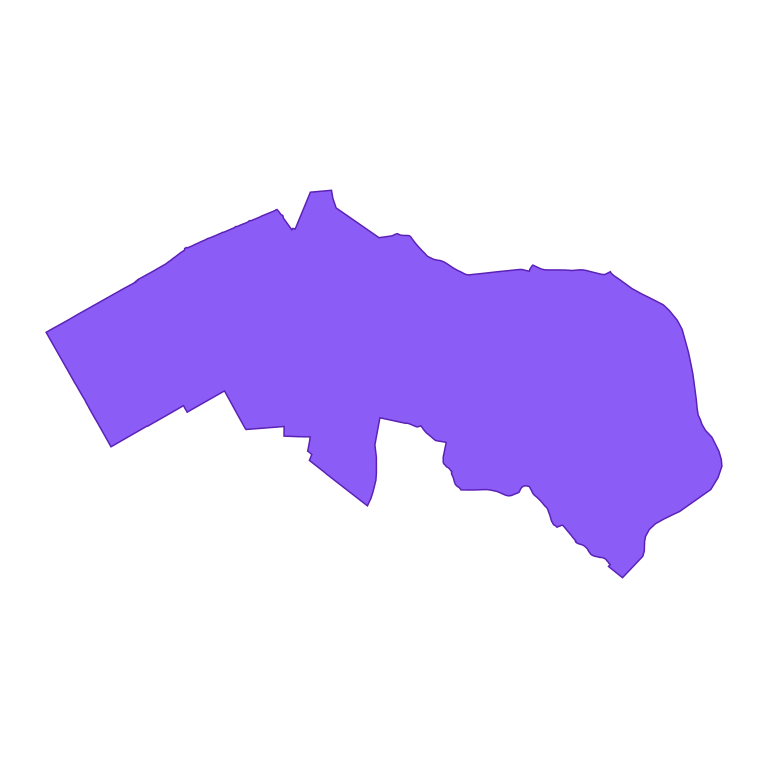 Bordusani, Ialomita, Romania
{"feature_id": "2599482B85450096511217", "entity_name": "Bordusani", "entity_type": "district", "adm_level": 2, "iso_a3": "ROU", "parent_name": "Romania", "parent_adm1": "Ialomita", "projection": "albers", "projection_center": [27.95, 44.468], "detail": "fine", "context": "isolated", "style": "filled", "palette": "violet", "viewbox_px": 768, "rotation_deg": 0, "n_neighbors": 0, "source": "geoboundaries", "source_scale": "gbopen_adm2", "svg_char_len": 6060}
<svg xmlns="http://www.w3.org/2000/svg" viewBox="0 0 768 768"><path d="M622.5,577.7L642.8,556.3L644.3,550.9L644.6,541.5L645.5,536.5L649.3,529.5L655.5,523.7L664.5,518.7L672.9,514.6L679.6,511.5L710.8,489.5L718.1,477.5L721.9,466.2L721.3,459.5L718.9,451.2L711.9,437.2L705.5,430.4L702.0,424.4L700.3,419.5L698.2,415.1L697.1,408.1L696.3,399.6L693.0,374.8L691.4,366.4L688.5,352.4L682.2,329.5L677.3,320.3L669.3,310.5L663.4,304.9L650.6,298.3L641.6,293.9L632.0,288.6L619.0,279.1L614.1,275.8L611.2,273.3L610.4,271.7L604.9,274.5L601.8,274.4L590.9,271.7L585.9,270.4L582.7,269.9L578.7,269.9L572.3,270.5L564.1,270.0L545.1,269.9L541.2,269.0L532.9,265.1L532.1,265.8L530.3,268.5L529.7,269.6L529.5,270.3L529.3,271.2L529.3,271.3L522.1,269.5L519.5,269.5L497.8,271.7L484.7,273.2L468.6,274.9L468.1,274.9L467.2,274.8L466.2,274.5L464.0,273.6L461.5,272.2L458.4,270.8L454.7,268.8L453.9,268.3L452.8,267.7L448.3,264.6L446.3,263.3L444.1,262.0L442.9,261.5L440.4,260.6L440.0,260.5L438.5,260.3L436.1,259.9L434.5,259.5L433.4,259.2L431.3,258.2L428.5,256.8L428.2,256.6L427.5,256.2L427.0,255.8L426.8,255.6L425.2,253.8L424.6,253.1L422.6,251.2L418.9,247.2L417.2,245.4L413.9,241.3L411.2,237.5L410.7,236.8L410.4,236.5L410.0,236.2L409.3,235.8L408.7,235.6L408.0,235.5L407.1,235.5L403.3,235.4L401.0,235.2L400.6,235.1L400.2,235.0L399.3,234.6L398.0,233.9L397.7,233.8L397.5,233.7L397.2,233.7L396.8,233.8L395.9,234.1L395.2,234.3L394.4,234.7L392.4,235.7L392.2,235.8L385.4,236.8L379.5,237.6L379.2,237.8L336.1,207.9L332.8,198.1L332.5,196.2L332.1,193.9L331.5,190.3L310.4,192.2L295.2,229.0L292.8,228.4L291.8,229.8L283.3,217.9L283.1,217.3L283.2,216.9L283.0,216.2L282.8,215.5L282.3,215.2L281.6,214.9L280.9,214.5L279.7,212.8L278.7,211.4L277.1,209.6L276.1,209.6L275.7,210.2L273.1,211.4L266.4,214.1L262.0,215.9L259.2,217.3L251.0,220.7L250.4,220.7L249.9,220.6L249.5,220.7L249.1,220.9L248.5,221.5L247.7,222.1L245.5,223.1L243.0,224.0L239.9,225.3L238.5,226.0L237.3,226.4L236.8,226.5L235.9,226.6L235.5,226.6L235.3,226.7L234.9,227.2L234.5,227.6L228.5,230.2L223.6,232.3L222.7,232.3L222.0,232.6L220.8,233.3L219.5,233.8L215.0,235.8L210.8,237.5L209.7,238.0L209.2,238.1L208.4,238.3L206.9,238.9L205.9,239.6L201.0,241.7L197.4,243.4L194.3,244.8L192.1,245.9L189.7,246.9L187.4,247.9L187.1,247.7L186.5,247.5L184.7,248.5L184.6,248.8L184.6,249.5L184.5,249.9L184.2,250.4L181.2,252.3L179.7,253.4L178.3,254.5L174.9,257.1L173.0,258.4L172.2,259.1L171.4,259.8L168.3,262.0L167.6,262.5L167.0,263.0L166.2,263.7L152.6,271.5L137.5,279.8L137.7,280.3L135.5,281.5L135.8,282.0L124.9,287.9L77.6,314.5L67.5,320.4L54.1,327.8L46.1,332.3L51.5,341.8L55.2,348.3L57.7,352.7L62.0,360.3L66.5,368.2L74.9,383.1L76.4,385.5L80.8,393.2L81.5,394.4L83.2,397.3L84.3,399.0L85.1,400.4L86.0,402.4L86.7,403.6L88.6,407.0L89.6,409.0L90.7,410.8L91.7,412.7L93.3,415.6L97.5,422.8L103.3,433.1L111.0,446.8L146.8,426.2L147.6,426.2L150.4,424.6L152.6,423.3L169.0,414.0L173.3,411.5L183.4,405.7L183.6,405.7L184.8,408.1L186.4,410.8L187.2,412.2L191.6,409.6L224.5,390.9L238.6,416.6L245.5,428.9L245.9,428.9L246.1,429.5L284.1,426.5L284.0,436.1L298.6,436.7L307.0,436.8L310.1,436.9L309.8,439.8L309.5,441.7L309.2,443.2L308.8,445.5L307.7,451.2L308.2,451.4L308.5,451.6L311.8,454.5L309.4,460.4L325.8,473.3L326.2,473.8L348.3,491.0L367.4,505.8L370.9,498.5L373.2,491.2L375.9,480.2L376.4,473.3L376.4,457.5L374.9,444.8L379.9,417.8L405.5,423.3L405.9,423.3L406.1,423.2L406.7,423.1L407.4,423.3L408.4,423.5L408.6,423.6L410.4,424.2L411.7,424.8L413.3,425.4L414.9,426.2L416.0,426.6L416.7,426.8L417.3,426.9L417.8,426.8L419.3,426.4L420.3,426.0L420.8,425.8L421.3,426.5L421.7,427.0L422.3,427.7L422.9,428.5L423.2,429.1L424.5,430.7L426.4,432.9L426.9,433.3L427.3,433.6L428.6,434.7L430.1,435.9L434.0,439.3L435.0,440.1L435.6,440.4L435.9,440.6L446.0,442.3L446.2,442.5L445.2,447.3L445.0,448.4L444.3,451.8L443.4,456.0L443.3,456.7L443.2,457.3L443.2,458.6L443.3,459.8L443.2,460.8L443.2,461.4L443.3,462.5L443.5,463.2L443.7,463.6L444.2,464.2L445.0,464.9L445.4,465.4L445.6,465.8L446.1,466.2L446.5,466.7L446.8,467.0L447.4,467.2L448.2,467.7L448.6,468.0L448.9,468.3L449.8,469.2L450.1,469.5L450.3,469.9L450.8,470.7L450.9,470.9L451.2,471.1L451.7,471.3L451.9,471.6L451.9,471.9L451.8,472.2L451.6,472.6L451.5,472.8L451.4,473.1L451.4,473.3L451.5,473.5L452.0,474.9L453.3,477.8L453.9,479.8L454.2,481.1L454.4,482.0L455.2,483.9L455.6,484.7L456.7,485.9L459.3,487.7L461.1,489.9L470.4,490.0L476.7,489.9L481.5,489.7L485.9,489.6L487.0,489.6L490.3,490.0L496.7,491.4L498.6,492.1L503.5,494.3L505.9,495.3L507.7,495.7L508.4,495.8L508.6,495.9L509.9,495.7L511.5,495.5L515.2,493.9L518.5,492.6L519.2,492.0L520.7,488.8L521.6,487.6L521.9,487.3L523.1,486.4L523.8,486.1L524.3,486.0L524.9,485.9L525.6,485.8L526.2,485.9L527.3,486.0L529.0,486.5L529.3,486.6L529.5,486.9L529.7,487.1L529.9,487.6L531.3,490.2L531.9,491.4L532.7,493.0L533.4,494.1L534.3,495.1L537.2,497.5L540.5,500.8L541.9,502.4L545.3,506.5L546.2,507.1L546.8,507.7L547.8,509.6L548.4,511.4L549.9,515.4L550.9,518.9L551.3,520.4L551.5,520.9L551.8,521.6L552.5,522.7L552.9,523.4L553.1,523.9L553.2,524.1L553.4,524.4L553.9,524.8L554.2,525.1L554.5,525.2L555.7,525.8L556.0,526.1L556.3,526.7L556.4,526.8L556.6,527.0L557.1,527.1L557.5,527.1L557.8,526.9L558.2,526.6L558.6,526.4L559.0,526.3L559.5,526.2L559.9,526.1L560.3,525.9L561.2,525.4L561.7,525.3L562.1,525.3L562.4,525.3L562.8,525.4L563.0,525.5L563.6,526.2L565.7,528.7L567.9,531.4L570.7,534.7L571.2,535.3L571.5,535.7L572.3,536.8L572.5,537.1L574.4,539.3L575.9,541.2L575.5,541.5L575.7,541.8L575.8,542.0L576.2,542.5L576.8,542.9L577.7,543.4L578.5,543.7L580.0,544.2L581.5,544.6L582.8,545.1L583.6,545.5L584.7,546.3L585.7,547.2L586.5,547.9L586.9,548.3L587.1,548.6L587.4,549.0L587.6,549.3L588.7,551.3L589.9,553.0L590.4,553.7L590.8,554.2L591.3,554.6L591.7,554.9L592.4,555.3L593.2,555.7L593.9,556.0L595.0,556.3L595.8,556.5L598.3,556.9L598.3,557.0L598.7,557.1L599.2,557.3L599.6,557.4L601.8,557.5L602.8,557.8L604.3,558.4L605.0,558.7L605.4,558.9L605.7,559.2L606.4,560.0L606.6,560.4L606.9,560.8L607.3,561.2L607.7,561.5L608.0,561.9L608.3,562.3L608.5,562.7L608.8,563.2L609.7,564.0L610.2,564.4L608.5,566.5L622.5,577.7Z" fill="#8b5cf6" stroke="#5b21b6" stroke-width="1.5"/></svg>